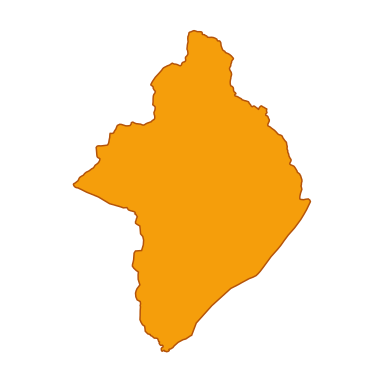 Sopbao, Houaphan, Laos, rotated 274°
{"feature_id": "54806243B20736296010663", "entity_name": "Sopbao", "entity_type": "district", "adm_level": 2, "iso_a3": "LAO", "parent_name": "Laos", "parent_adm1": "Houaphan", "projection": "mercator", "projection_center": [104.423, 20.651], "detail": "fine", "context": "isolated", "style": "filled", "palette": "amber", "viewbox_px": 384, "rotation_deg": 274, "n_neighbors": 0, "source": "geoboundaries", "source_scale": "gbopen_adm2", "svg_char_len": 6042}
<svg xmlns="http://www.w3.org/2000/svg" viewBox="0 0 384 384"><g transform="rotate(274 192 192)"><path d="M190.6,310.8L192.1,310.1L193.2,308.5L192.7,305.9L192.1,303.8L192.2,300.9L192.7,300.0L194.0,299.9L195.4,299.9L198.6,300.4L202.3,301.4L204.4,300.8L205.7,300.3L206.6,300.6L209.0,300.6L209.9,300.9L210.8,300.9L212.1,300.7L213.2,300.2L215.8,299.2L216.9,298.4L217.5,298.1L218.9,296.0L219.3,295.6L220.3,295.3L222.9,293.5L223.8,292.8L224.7,292.0L225.2,291.0L226.0,288.6L226.8,287.5L227.1,287.5L227.9,287.7L229.4,288.4L230.4,288.6L230.9,288.6L231.6,288.3L232.4,287.6L234.5,286.3L237.3,285.5L238.1,284.8L238.6,284.7L239.5,284.7L240.4,284.5L241.0,284.0L242.1,283.8L244.2,283.8L245.5,283.3L247.8,282.8L248.3,282.6L248.9,281.9L250.0,280.8L252.5,278.8L254.0,278.1L254.5,277.4L255.0,276.3L255.1,275.3L255.6,274.0L256.5,273.0L257.8,271.7L259.3,270.0L261.2,266.9L262.2,265.6L263.3,263.2L263.6,263.0L264.5,262.9L265.4,263.1L268.1,264.1L269.3,264.1L271.0,263.1L272.6,262.4L273.3,261.4L273.5,260.6L273.8,260.2L274.4,260.2L275.2,260.2L276.3,261.2L276.7,261.2L278.0,260.6L279.2,260.7L279.6,260.8L280.0,260.8L280.2,260.5L280.4,259.8L281.4,258.0L281.9,256.7L282.7,255.4L282.7,255.1L282.5,254.6L281.4,253.6L280.3,253.0L279.5,252.8L279.1,252.6L279.1,252.4L279.9,251.7L280.6,250.4L282.0,248.3L282.0,247.2L281.3,246.3L281.4,245.7L282.0,244.9L283.3,244.2L284.3,243.0L285.5,242.4L286.0,241.9L286.7,239.3L286.8,238.2L287.3,236.5L287.4,235.7L287.6,235.4L288.1,235.1L288.6,234.4L289.3,232.7L290.2,231.0L290.5,230.0L290.8,228.4L291.1,228.1L291.8,227.9L292.3,227.9L293.0,228.9L293.5,228.8L294.1,228.3L294.9,227.0L296.1,226.4L297.2,226.2L298.3,226.1L299.2,225.7L300.1,224.7L300.6,223.4L301.5,222.9L302.8,222.6L304.4,222.4L306.2,222.5L308.2,222.8L309.5,222.8L310.6,223.1L312.0,223.3L313.4,223.0L314.2,222.7L316.2,221.3L317.2,220.9L317.8,220.8L318.6,220.9L320.4,221.8L322.6,221.9L323.8,222.4L325.0,222.4L326.0,222.8L327.2,223.7L327.8,224.0L328.3,223.9L330.5,221.7L331.8,219.9L332.6,218.3L333.0,216.9L333.5,215.7L334.6,214.9L335.3,213.5L336.0,212.6L337.1,212.1L338.4,211.5L340.1,210.8L342.9,210.3L343.9,209.7L344.6,209.0L344.6,207.1L344.9,206.7L346.2,206.1L347.1,204.2L347.6,202.4L347.7,200.3L347.4,198.8L347.5,198.1L347.5,197.5L347.4,197.0L347.5,196.7L347.9,196.4L348.6,195.8L348.8,195.3L349.0,194.3L349.5,193.9L349.8,193.3L349.9,191.5L350.4,191.2L351.3,191.1L352.0,190.8L352.4,190.1L352.5,188.6L352.3,186.0L352.7,184.9L353.1,183.1L353.0,182.3L352.6,181.4L352.1,180.6L351.6,179.5L351.2,178.4L350.6,177.9L348.7,177.7L347.5,177.4L346.8,177.1L344.7,177.1L342.7,177.4L341.8,177.6L340.8,177.5L339.2,177.2L338.0,177.1L336.6,177.1L335.0,177.0L333.9,177.1L332.9,177.7L331.7,178.0L330.1,178.3L329.0,178.2L327.8,177.6L326.1,176.2L325.6,176.1L324.4,176.2L323.9,176.4L323.1,176.5L322.5,176.4L321.8,176.0L321.3,175.4L321.1,174.6L320.7,173.8L320.1,173.2L319.1,172.8L318.1,172.6L317.7,172.3L317.2,171.8L317.1,171.2L317.4,170.1L318.0,168.8L318.4,166.9L318.4,165.6L318.6,164.7L318.9,163.9L319.1,163.5L319.1,163.2L318.7,162.8L318.0,161.8L317.1,160.8L316.1,158.5L315.3,157.3L314.7,156.2L313.8,154.9L312.7,154.0L311.4,153.3L308.0,150.7L303.9,147.4L299.6,144.9L296.5,143.5L295.8,143.6L295.0,144.9L294.1,145.9L292.6,146.1L290.4,147.7L290.0,148.4L289.3,148.4L288.0,148.0L286.6,147.1L285.1,146.7L282.1,146.7L279.2,146.9L276.8,146.8L276.3,146.8L275.1,148.5L274.2,149.3L273.2,149.4L271.2,149.3L269.6,148.8L268.6,148.5L266.9,148.8L265.5,149.4L264.2,149.6L263.1,149.7L261.8,149.2L260.4,147.3L259.3,146.5L258.4,144.5L257.6,142.6L256.8,141.2L256.0,140.2L255.4,139.2L255.4,138.0L256.1,136.0L256.3,131.5L256.9,129.6L257.5,128.4L257.5,127.6L256.9,126.7L255.5,126.5L254.1,125.7L253.7,124.5L253.4,122.5L253.4,121.2L254.5,116.8L254.5,115.2L253.2,112.9L252.0,112.4L249.6,111.7L246.8,110.1L246.0,110.0L245.3,109.4L244.8,108.0L244.8,106.3L244.2,106.1L240.7,106.1L238.6,105.8L235.5,105.5L233.9,105.0L233.0,104.4L232.7,103.6L231.6,97.8L231.6,96.0L231.4,94.9L230.9,94.0L229.7,93.3L227.5,93.7L222.2,94.5L220.6,94.9L219.8,95.7L219.1,97.2L218.7,97.8L217.9,97.8L216.7,97.6L214.7,96.6L213.2,95.1L211.9,93.5L210.5,92.8L209.2,92.0L208.0,90.2L206.9,89.0L205.6,87.4L204.5,85.3L203.6,84.3L202.8,83.5L201.2,82.5L200.4,81.2L199.1,79.4L198.1,78.6L195.3,77.5L194.5,76.6L192.8,74.8L192.3,73.9L191.8,73.3L191.1,73.2L190.3,73.6L189.6,74.1L188.6,75.3L188.3,76.3L188.0,78.6L187.7,78.9L186.9,81.1L184.5,86.8L180.5,99.0L174.6,110.6L172.2,121.9L171.4,124.6L171.9,128.2L170.0,129.6L169.6,130.2L169.1,131.8L168.8,133.5L168.4,135.3L168.1,136.0L167.8,136.5L167.3,136.8L166.5,136.9L166.2,136.6L165.6,137.7L164.6,138.3L163.5,139.2L161.3,138.4L159.9,138.2L158.3,137.7L156.9,137.9L155.9,139.4L154.5,142.3L152.0,142.8L146.7,143.6L144.2,146.0L140.6,147.1L135.8,147.1L130.1,145.8L129.2,139.7L127.0,138.5L120.3,138.5L118.1,138.2L115.6,137.7L113.9,137.7L111.9,139.3L110.0,141.6L108.4,144.1L105.7,144.0L101.1,144.4L95.7,146.5L91.7,143.9L89.7,143.2L87.2,142.7L83.5,143.3L80.6,144.8L79.1,148.0L76.8,148.5L75.1,148.2L73.9,148.6L70.1,148.6L65.0,148.9L61.0,149.0L58.6,150.2L56.1,151.9L54.8,154.1L52.6,154.6L49.8,155.1L47.4,157.8L46.9,160.3L46.5,160.3L46.2,160.5L45.9,160.8L45.6,161.7L45.4,162.1L44.8,163.0L43.9,164.1L43.6,164.8L43.7,165.9L43.6,167.2L43.5,167.5L43.3,167.9L42.3,168.5L40.7,169.1L40.5,169.3L40.2,169.9L40.0,170.1L39.4,169.8L38.8,169.8L38.5,170.0L38.0,170.3L37.1,171.1L36.9,171.4L36.8,171.7L36.9,172.1L37.1,172.7L37.0,173.3L36.6,173.7L36.2,173.9L35.6,173.9L35.2,173.7L34.6,172.8L34.3,172.6L33.8,172.3L33.2,172.3L32.4,172.4L31.6,172.7L31.2,173.1L31.2,173.8L32.0,174.8L32.0,175.2L32.0,175.5L31.7,175.7L31.3,175.9L31.3,176.4L30.9,177.8L31.3,179.2L31.8,179.9L32.1,180.2L32.3,180.3L32.5,180.3L33.0,180.0L33.3,180.0L33.5,180.2L33.7,180.6L33.9,181.6L35.5,183.8L37.3,185.0L41.1,188.7L44.0,193.3L45.0,196.1L48.8,201.0L48.9,201.6L61.6,205.4L80.0,219.7L98.5,237.4L102.9,244.7L105.1,248.0L109.6,255.1L111.3,258.8L113.1,261.8L115.2,263.7L117.7,265.6L121.5,268.1L133.1,275.4L140.7,281.3L145.1,284.4L150.1,287.4L155.7,291.0L163.3,296.8L167.5,299.5L172.1,302.4L177.5,305.2L182.3,307.5L190.6,310.8Z" fill="#f59e0b" stroke="#b45309" stroke-width="1.5"/></g></svg>